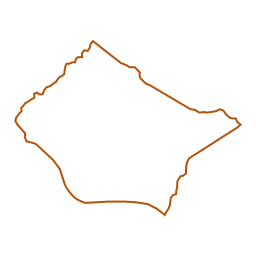 Belo Monte, Alagoas, Brazil
{"feature_id": "56859067B15560608131271", "entity_name": "Belo Monte", "entity_type": "district", "adm_level": 2, "iso_a3": "BRA", "parent_name": "Brazil", "parent_adm1": "Alagoas", "projection": "orthographic", "projection_center": [-37.19, -9.812], "detail": "fine", "context": "isolated", "style": "outline", "palette": "amber", "viewbox_px": 256, "rotation_deg": 0, "n_neighbors": 0, "source": "geoboundaries", "source_scale": "gbopen_adm2", "svg_char_len": 1339}
<svg xmlns="http://www.w3.org/2000/svg" viewBox="0 0 256 256"><path d="M92.9,41.1L90.6,43.9L89.7,47.9L87.6,50.9L84.1,50.3L82.1,53.0L82.0,57.1L78.0,57.1L75.7,59.2L75.2,62.3L72.4,62.3L69.3,63.7L66.5,63.8L65.3,66.5L64.6,70.9L64.2,74.1L62.1,76.0L59.8,76.8L57.8,79.1L56.0,81.8L52.7,84.1L50.2,86.0L46.4,87.4L44.2,90.0L42.6,94.3L39.5,94.5L37.0,92.6L34.1,93.8L34.4,97.7L30.9,99.6L28.5,101.4L25.2,103.2L23.2,105.9L21.2,108.0L21.6,111.0L19.1,113.8L16.1,117.7L15.4,121.1L17.1,124.2L25.2,133.4L24.9,137.1L26.4,141.3L30.3,142.2L35.8,143.9L53.0,159.9L59.9,169.2L64.8,184.5L66.6,188.1L68.1,190.1L69.5,192.1L74.3,197.4L78.1,199.9L82.5,202.0L85.6,202.9L108.0,201.6L112.0,201.6L125.1,201.6L136.1,202.3L147.8,204.1L156.6,208.6L164.7,214.9L166.9,211.0L168.5,208.8L170.0,204.6L170.4,200.7L170.8,197.9L172.9,195.1L176.0,194.1L176.4,190.3L177.2,187.1L177.3,181.7L179.0,178.4L180.7,176.2L183.0,175.8L186.0,173.4L186.0,169.7L186.2,166.0L187.3,161.7L188.9,158.5L192.0,156.4L212.8,143.2L218.7,139.4L237.5,127.4L240.6,124.7L237.3,122.0L235.6,118.4L232.4,118.5L229.5,117.5L226.2,114.5L223.2,110.4L219.5,109.3L216.5,111.0L213.6,111.6L207.2,112.6L204.6,112.1L199.1,112.5L195.1,109.9L190.3,109.1L150.0,85.3L145.9,83.6L140.4,78.3L139.5,75.3L139.9,72.5L134.9,67.3L129.6,67.2L126.6,65.3L124.3,64.3L121.0,63.1L92.9,41.1Z" fill="none" stroke="#b45309" stroke-width="2"/></svg>